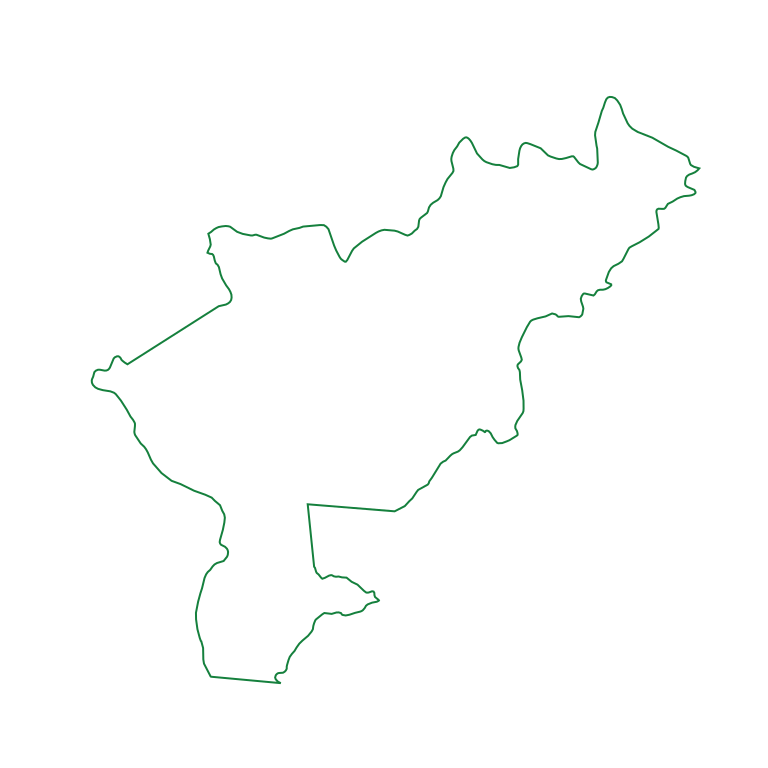 the district of Santa Lucia, Intibucá, Honduras, rotated 186°
{"feature_id": "27666195B24919955333863", "entity_name": "Santa Lucia", "entity_type": "district", "adm_level": 2, "iso_a3": "HND", "parent_name": "Honduras", "parent_adm1": "Intibucá", "projection": "orthographic", "projection_center": [-88.432, 13.907], "detail": "fine", "context": "isolated", "style": "outline", "palette": "green", "viewbox_px": 768, "rotation_deg": 186, "n_neighbors": 0, "source": "geoboundaries", "source_scale": "gbopen_adm2", "svg_char_len": 6135}
<svg xmlns="http://www.w3.org/2000/svg" viewBox="0 0 768 768"><g transform="rotate(186 384 384)"><path d="M455.4,75.7L458.4,76.9L460.8,79.0L461.6,80.7L461.2,83.0L460.5,84.1L459.5,85.1L458.3,85.6L454.3,86.3L452.8,87.4L451.7,88.8L451.0,90.6L451.2,93.0L451.0,94.6L450.1,99.5L449.2,102.8L447.3,106.1L445.1,109.1L443.4,112.8L441.1,116.9L438.2,120.4L433.2,125.6L430.1,130.3L429.1,132.7L429.0,136.0L428.5,138.8L427.6,141.9L426.9,142.9L421.2,148.6L419.4,150.0L412.0,149.9L407.4,151.8L405.2,152.1L402.9,151.7L401.7,150.3L400.9,150.0L397.9,149.8L394.3,150.9L388.8,153.4L384.0,155.1L382.6,155.8L381.4,156.8L379.8,159.1L378.7,161.6L377.2,163.1L373.0,165.3L368.4,166.7L366.8,167.7L366.4,168.2L366.7,168.6L370.6,171.2L371.4,172.9L371.8,175.3L372.7,176.5L374.2,176.6L377.5,175.0L379.1,174.7L380.0,174.8L382.3,176.2L389.4,181.7L395.5,183.9L401.0,187.5L405.6,187.3L409.0,187.8L411.6,187.3L413.8,187.5L415.6,188.3L416.6,188.4L418.6,187.7L422.6,185.0L425.0,183.9L426.3,184.8L429.2,187.8L431.1,189.0L431.9,190.2L433.4,193.9L434.4,195.0L447.3,256.4L360.1,258.5L350.5,264.8L346.6,270.1L343.9,273.2L340.3,280.1L338.9,282.3L330.0,288.5L329.2,289.8L328.8,291.9L326.6,295.7L319.4,310.7L317.1,312.9L314.7,314.3L310.6,319.6L309.0,321.3L307.6,322.3L303.4,324.5L301.7,326.0L299.3,329.3L292.9,340.3L291.2,341.9L287.5,342.9L286.1,347.2L285.2,348.4L284.3,348.8L283.2,348.7L280.8,347.9L278.7,346.7L278.3,346.9L278.0,347.8L277.3,348.3L276.2,348.4L274.9,348.0L272.7,346.1L270.4,342.5L268.2,340.0L265.3,337.3L264.2,337.0L260.3,337.6L255.9,339.8L253.4,341.2L246.5,346.5L245.8,347.4L246.0,348.9L246.8,351.0L248.7,353.6L249.0,355.2L249.0,356.9L247.6,361.2L243.0,369.7L242.5,371.6L242.6,374.1L243.5,382.0L245.9,392.2L249.0,402.6L250.1,410.0L250.8,412.1L252.4,413.9L253.1,415.5L253.2,416.6L252.9,417.5L250.1,420.8L249.5,422.5L250.2,424.6L253.5,431.4L254.0,433.1L254.1,434.9L253.5,439.2L251.8,444.9L247.9,455.4L245.2,461.2L244.1,462.5L242.4,463.6L238.2,465.4L230.4,468.1L224.2,471.7L220.8,471.2L219.6,470.6L218.3,469.4L217.2,469.1L207.6,470.8L197.0,470.8L195.7,471.7L194.6,473.0L194.1,474.0L193.6,479.7L194.2,481.7L196.5,486.7L197.2,489.3L196.6,492.0L195.5,494.1L194.8,494.8L193.7,495.0L184.9,493.9L183.7,495.2L182.2,498.3L181.0,499.6L179.1,500.3L175.9,500.7L173.6,501.5L171.2,503.0L169.2,504.7L168.3,505.9L168.5,506.9L173.4,508.4L173.9,509.1L174.2,510.3L172.1,518.9L170.2,522.8L168.0,525.2L163.4,528.1L160.1,530.9L158.8,533.8L155.1,543.5L154.2,545.2L152.1,546.8L144.7,551.6L136.1,558.3L127.2,566.9L127.1,568.1L127.8,571.5L131.1,583.6L131.1,585.1L130.6,586.2L129.4,587.0L124.8,587.3L123.6,587.6L122.6,588.6L120.5,592.8L116.0,595.6L111.7,599.1L108.7,600.8L105.3,602.2L100.1,603.2L97.8,603.9L95.5,605.1L94.3,606.4L94.2,607.0L94.4,607.8L95.6,609.5L102.2,611.5L103.8,612.2L104.8,612.9L105.5,614.4L105.6,617.2L105.2,620.9L104.2,622.6L102.3,624.2L99.4,625.6L96.7,627.2L94.5,629.3L93.0,631.4L98.4,632.4L101.6,633.8L102.5,634.9L105.0,640.7L105.9,641.7L107.3,642.5L117.8,646.7L126.2,649.6L142.9,657.0L158.1,661.2L163.8,663.9L166.8,666.3L168.9,668.7L174.5,678.0L176.2,682.1L178.3,686.3L181.7,690.4L184.3,692.5L187.2,693.2L189.6,693.1L191.4,692.2L192.7,690.4L193.7,687.0L194.8,681.6L195.9,678.4L198.1,666.3L200.2,656.8L200.1,653.4L197.5,643.1L196.6,640.4L194.5,626.4L194.6,624.6L195.2,622.4L195.9,621.1L197.2,619.9L198.8,619.1L200.3,619.2L212.1,623.3L213.9,624.7L218.7,629.7L219.5,630.2L221.2,630.0L226.7,627.7L230.6,626.4L233.5,626.0L236.2,626.3L242.1,627.6L244.8,628.5L252.8,634.8L263.3,637.8L266.5,638.5L268.2,638.6L269.8,638.0L271.4,636.7L272.5,634.9L273.3,632.6L273.7,630.2L274.1,621.7L273.5,616.1L274.2,614.6L277.3,613.1L281.5,612.0L292.1,613.9L295.7,613.6L299.2,613.9L305.3,615.3L307.5,616.2L309.6,617.6L315.6,623.0L321.8,633.0L323.5,635.1L325.2,636.7L326.7,637.6L328.0,637.9L329.1,637.6L330.9,636.2L334.4,631.9L336.1,627.9L338.5,624.0L339.7,620.9L340.5,617.1L340.6,614.8L340.2,612.7L337.5,605.3L337.2,603.1L338.0,601.1L342.3,594.5L343.8,590.9L345.4,586.0L347.1,576.7L348.3,574.4L349.9,572.5L354.1,569.4L356.3,567.1L357.7,564.3L358.4,560.2L359.0,558.6L364.5,553.4L365.7,552.0L366.2,550.3L366.3,544.0L367.3,541.7L369.5,539.7L372.0,536.6L374.4,534.9L376.1,534.1L378.6,534.6L386.3,537.1L389.6,537.6L399.7,537.4L402.6,536.5L405.4,535.1L407.9,533.4L420.7,523.2L428.2,515.7L429.7,513.0L433.5,503.4L434.8,501.6L435.9,501.6L438.5,503.0L440.0,504.0L441.5,505.8L445.5,511.8L448.1,516.5L455.4,532.2L457.8,534.4L460.4,535.7L464.2,535.4L480.9,532.1L484.4,530.4L490.8,528.3L494.3,526.3L499.1,523.0L510.5,517.1L511.7,516.7L514.6,516.7L518.5,517.1L526.4,519.1L527.7,519.0L530.2,518.0L531.8,517.8L540.1,518.5L546.0,520.0L553.4,524.3L555.2,524.6L557.9,524.6L561.6,523.8L564.9,522.8L567.0,521.6L569.3,519.9L571.9,517.1L574.4,515.1L572.3,509.8L570.9,504.5L571.2,502.6L572.8,498.3L573.3,496.1L570.8,495.3L568.5,495.3L567.4,494.5L566.5,492.9L565.3,489.3L564.1,486.8L563.6,486.2L562.0,485.2L560.4,483.0L558.0,476.1L556.0,472.0L551.3,465.6L548.1,462.1L546.4,459.6L545.1,456.9L544.6,454.0L544.8,451.6L545.8,449.5L547.4,447.9L549.5,446.5L556.5,444.1L641.2,376.8L644.1,378.2L646.6,379.8L647.6,380.6L648.7,382.3L650.0,383.4L651.2,383.8L652.5,383.6L654.5,382.4L655.5,381.1L658.3,371.7L659.0,370.4L660.0,369.2L661.5,368.4L663.2,368.1L668.0,368.5L669.9,368.3L671.9,367.2L673.3,365.5L674.0,360.9L674.9,358.1L675.0,356.9L674.6,354.7L673.4,352.7L670.8,350.5L667.9,349.3L663.0,348.5L655.4,348.1L651.6,347.1L649.7,345.9L643.9,340.0L637.1,331.5L632.7,325.1L629.9,322.2L628.0,319.6L627.5,318.4L627.3,316.1L627.3,310.2L626.8,308.5L626.1,307.1L619.7,299.4L615.9,296.5L613.9,294.3L611.8,291.3L607.9,284.4L605.4,280.9L595.9,272.1L585.1,265.5L575.9,263.2L561.7,258.0L550.2,255.2L543.5,253.0L540.0,250.1L534.4,246.3L531.6,241.0L529.3,237.7L528.3,234.4L528.3,229.5L529.0,222.2L530.8,211.8L530.9,209.6L530.3,208.2L529.3,207.1L525.1,205.5L523.0,203.8L522.1,202.4L521.5,200.7L521.5,197.8L522.0,195.9L525.0,191.2L531.4,188.5L533.7,186.8L535.4,184.6L537.4,181.0L539.6,178.6L541.0,176.1L542.2,172.3L543.6,161.9L544.7,156.7L546.1,148.1L547.1,136.8L546.3,130.3L543.9,120.6L540.7,112.2L539.3,109.3L538.8,109.0L536.3,102.5L534.9,91.2L533.8,87.1L525.9,75.1L525.4,74.8L455.4,75.7Z" fill="none" stroke="#15803d" stroke-width="2"/></g></svg>